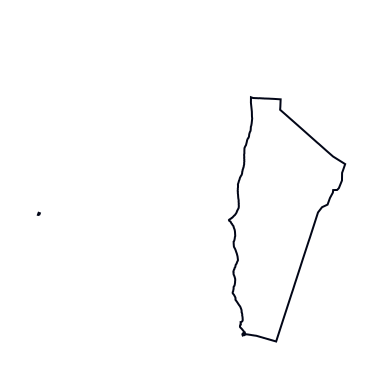 the district of At Tuhayta, Al Hudaydah, Yemen, rotated 20°
{"feature_id": "15242507B5379899577344", "entity_name": "At Tuhayta", "entity_type": "district", "adm_level": 2, "iso_a3": "YEM", "parent_name": "Yemen", "parent_adm1": "Al Hudaydah", "projection": "equal_earth", "projection_center": [43.15, 14.086], "detail": "fine", "context": "isolated", "style": "outline", "palette": "ink", "viewbox_px": 384, "rotation_deg": 20, "n_neighbors": 0, "source": "geoboundaries", "source_scale": "gbopen_adm2", "svg_char_len": 4883}
<svg xmlns="http://www.w3.org/2000/svg" viewBox="0 0 384 384"><g transform="rotate(20 192 192)"><path d="M322.2,303.7L321.5,284.4L321.4,281.8L320.4,253.1L320.3,249.2L320.0,242.4L319.9,238.9L319.4,224.9L319.1,217.1L318.5,199.0L318.4,194.7L317.7,175.9L317.4,168.1L319.4,161.8L321.9,159.3L322.1,159.1L323.7,157.5L323.7,153.5L323.7,150.4L324.6,144.4L324.0,141.9L324.6,141.7L325.3,141.4L325.7,141.2L325.8,141.2L327.6,140.5L327.7,140.4L328.7,138.1L329.0,129.9L326.5,122.7L326.5,120.2L326.4,113.4L320.8,112.2L318.9,111.8L312.4,110.4L310.6,109.7L304.9,107.5L294.6,103.4L294.0,103.2L292.4,102.6L290.4,101.8L281.3,98.2L270.7,94.0L262.8,90.9L246.7,84.6L245.9,81.8L243.6,74.6L237.8,76.3L235.5,77.0L235.2,77.1L231.6,78.2L230.7,78.5L228.0,79.4L226.8,79.7L226.7,79.8L225.6,80.1L223.6,80.7L222.3,81.2L221.3,81.5L218.8,82.3L217.8,82.6L217.2,82.8L216.0,82.8L215.0,82.8L216.0,85.6L216.8,87.9L219.0,92.4L220.8,96.1L222.5,100.5L223.4,102.3L224.6,107.1L225.0,109.3L225.0,110.5L225.3,111.5L225.8,113.2L226.1,114.6L225.9,116.0L226.0,117.9L226.1,118.5L226.4,119.6L226.6,120.6L226.5,122.1L226.2,122.5L226.1,124.5L226.4,126.5L226.7,129.6L226.4,130.9L226.3,132.8L226.8,134.4L227.3,135.9L227.8,137.2L227.9,137.6L228.0,137.7L228.2,139.1L228.4,139.6L229.3,141.6L229.3,142.1L230.2,143.9L230.2,144.4L230.7,145.2L230.9,146.4L231.2,147.1L231.4,147.9L231.6,148.3L231.7,149.7L232.0,150.8L231.9,151.4L232.0,152.1L232.1,152.6L232.0,153.1L232.0,153.8L232.3,154.9L232.2,155.4L232.4,156.1L232.5,156.7L232.7,157.2L232.8,159.0L232.6,159.8L232.4,160.6L232.4,161.0L232.2,162.1L232.3,163.3L232.4,164.2L232.3,165.3L232.5,167.6L232.5,168.8L232.7,169.6L232.9,169.8L233.7,172.1L233.7,172.4L233.9,173.2L234.0,173.5L234.3,174.1L234.4,174.7L234.6,175.5L235.1,176.1L235.3,177.0L235.4,177.3L236.2,178.8L236.8,180.2L237.4,181.5L237.5,181.8L238.0,182.6L238.7,183.9L239.0,184.6L239.0,184.9L239.4,185.7L239.6,186.3L240.0,186.9L240.1,187.6L240.8,189.1L241.1,190.2L241.3,191.1L241.2,192.1L241.0,193.2L241.0,194.2L240.8,194.6L240.9,195.4L240.9,195.9L240.8,196.7L240.6,197.6L240.4,198.1L240.2,199.0L239.9,199.5L239.7,199.7L239.4,200.5L239.1,201.2L238.9,201.6L238.7,202.2L238.3,202.7L238.1,202.8L238.0,203.2L237.5,203.9L236.4,205.3L236.3,205.7L236.6,206.1L236.8,206.3L237.1,206.4L237.5,206.5L238.4,206.7L239.3,207.6L239.6,207.8L240.1,208.2L240.5,208.3L241.2,209.0L242.5,209.8L242.8,210.1L243.2,210.8L244.1,211.9L244.3,212.1L245.0,212.9L245.8,214.3L246.4,215.6L247.0,217.0L247.2,217.5L247.7,218.6L247.7,219.5L247.8,220.0L248.1,221.3L248.3,222.7L248.3,224.0L248.1,224.4L248.5,225.4L249.0,226.7L249.5,227.7L249.8,228.5L250.3,229.3L250.8,229.7L251.1,230.0L251.9,230.7L253.0,231.9L254.1,233.3L255.2,234.6L256.3,236.2L256.9,237.1L257.4,238.1L257.9,239.1L258.5,240.3L258.5,241.0L258.4,242.0L258.3,242.7L258.3,243.0L258.4,243.5L258.4,244.1L258.2,244.7L258.0,245.4L258.1,246.2L258.2,247.1L258.3,247.5L258.3,248.0L258.1,248.5L258.0,249.0L258.2,249.9L258.0,250.6L258.1,252.6L258.5,253.0L258.4,253.3L259.4,255.4L259.9,255.8L261.0,257.1L262.3,258.9L262.5,259.5L262.7,259.8L263.2,261.7L263.4,262.2L263.5,262.7L263.7,263.7L263.9,264.8L263.9,265.9L263.7,266.2L263.6,266.8L263.9,268.0L264.1,268.4L264.3,269.3L264.4,270.3L264.6,271.0L264.6,271.7L264.5,272.2L264.6,272.4L264.6,272.5L264.9,273.2L265.1,273.3L265.5,273.6L265.7,273.8L266.0,273.9L266.6,274.3L267.3,274.9L267.6,275.2L267.9,275.4L268.5,276.0L269.2,276.8L269.2,277.1L269.3,277.3L269.5,277.8L269.7,278.4L270.0,278.6L270.2,278.8L270.6,278.9L270.9,279.2L271.0,279.3L272.2,280.1L273.5,281.1L273.7,281.3L274.2,281.6L274.8,282.1L275.5,282.5L276.2,283.0L276.5,283.2L277.5,284.3L278.2,285.1L278.9,286.0L279.1,286.4L279.3,286.8L279.3,287.0L279.9,288.0L279.9,288.3L280.2,288.5L280.3,288.7L280.5,288.9L281.0,289.7L281.2,290.2L281.3,290.7L281.4,290.8L282.3,292.3L282.4,292.5L283.0,293.9L283.3,294.6L283.5,295.1L283.5,296.0L283.4,296.4L283.2,296.7L282.9,297.1L282.6,297.4L282.6,297.6L282.5,297.8L282.4,297.8L282.5,298.0L282.4,298.2L282.5,298.4L282.5,298.5L282.6,298.9L282.9,299.1L283.1,299.4L283.2,299.7L283.2,299.9L283.0,300.1L283.0,300.5L282.8,300.6L282.8,300.9L283.0,301.7L283.2,302.3L283.6,302.7L283.9,302.8L284.1,302.9L284.3,303.0L284.5,303.1L285.2,303.4L286.3,304.0L287.4,304.7L288.1,305.1L288.8,305.7L288.9,305.8L288.9,306.0L288.1,307.8L288.0,308.1L288.0,308.4L288.2,308.8L288.8,309.5L288.9,309.4L288.5,308.9L288.3,308.5L288.2,308.2L288.2,307.7L288.5,307.0L288.9,306.3L289.1,305.9L289.4,306.0L289.5,306.3L289.2,306.8L289.3,306.9L289.7,306.1L290.0,306.4L290.7,307.0L290.6,307.3L290.3,308.3L290.2,308.3L289.8,308.3L289.6,308.2L289.5,308.5L289.2,308.4L289.2,308.5L289.5,308.7L290.0,308.7L290.3,308.5L290.5,308.3L290.6,307.9L290.7,307.4L291.0,307.4L292.4,307.0L293.1,306.8L294.7,306.5L295.6,306.3L297.9,305.9L298.6,305.7L298.9,305.7L301.6,305.1L304.5,304.9L322.2,303.7ZM55.8,265.9L56.3,265.3L56.3,264.0L55.0,264.0L55.0,265.4L55.0,266.2L55.4,266.2L55.8,265.9Z" fill="none" stroke="#020617" stroke-width="2"/></g></svg>